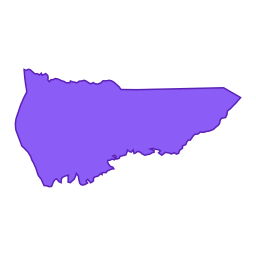 the district of Governador Edison Lobão, Maranhão, Brazil
{"feature_id": "56859067B27308579936525", "entity_name": "Governador Edison Lobão", "entity_type": "district", "adm_level": 2, "iso_a3": "BRA", "parent_name": "Brazil", "parent_adm1": "Maranhão", "projection": "orthographic", "projection_center": [-47.329, -5.727], "detail": "fine", "context": "isolated", "style": "filled", "palette": "violet", "viewbox_px": 256, "rotation_deg": 0, "n_neighbors": 0, "source": "geoboundaries", "source_scale": "gbopen_adm2", "svg_char_len": 2400}
<svg xmlns="http://www.w3.org/2000/svg" viewBox="0 0 256 256"><path d="M44.1,185.6L47.0,185.8L49.1,186.7L51.6,186.4L53.2,182.3L54.8,179.7L56.6,178.9L59.0,181.8L61.1,182.7L61.2,179.6L62.4,177.4L64.4,176.4L65.9,175.8L68.3,175.3L68.1,177.4L68.2,180.4L68.0,182.0L70.2,182.7L74.1,179.3L75.8,175.6L76.3,173.5L78.3,175.9L78.9,179.8L79.7,183.0L80.7,184.4L82.4,185.1L84.8,184.6L87.6,183.0L86.1,181.0L87.6,179.4L90.6,182.8L92.3,181.9L93.5,180.8L93.5,178.0L95.2,176.8L97.9,176.2L100.6,173.8L102.0,174.6L102.1,172.7L104.2,172.6L106.0,172.7L107.3,171.0L110.1,169.7L111.8,169.0L113.8,168.8L112.8,167.2L110.3,166.3L108.8,164.4L107.6,162.3L107.8,160.4L110.1,160.2L112.0,159.0L114.1,159.8L115.9,158.7L117.8,158.9L119.4,158.1L119.9,156.4L125.8,154.9L126.8,152.5L127.5,150.1L129.7,151.7L131.4,152.1L133.1,150.0L134.1,153.5L136.0,152.7L137.5,151.4L140.1,152.1L142.2,153.9L144.7,155.2L149.9,154.1L152.3,152.6L154.0,152.3L154.1,150.6L150.2,149.0L153.0,148.4L155.7,149.3L159.1,149.9L160.4,150.9L158.6,152.8L160.2,154.1L161.8,155.2L163.6,153.9L165.2,152.4L169.4,153.0L171.2,154.0L174.1,152.8L176.6,154.1L178.5,153.3L179.7,150.2L182.5,148.3L182.5,145.9L185.8,144.6L186.9,141.7L188.3,140.2L190.3,140.1L191.5,138.4L192.7,136.6L194.5,134.5L198.2,133.9L200.1,132.1L203.9,132.3L207.0,131.3L209.0,131.1L213.3,129.5L215.8,127.2L218.2,125.3L219.5,123.6L220.2,120.3L221.4,118.3L225.6,117.5L226.9,114.6L227.4,111.1L228.7,110.0L230.8,108.3L233.6,105.3L235.9,103.1L237.3,101.3L240.6,97.6L223.7,87.8L222.1,87.8L164.5,89.1L154.3,89.3L137.7,89.7L135.8,89.7L121.0,89.5L118.8,86.5L114.8,83.0L113.5,81.9L111.2,80.7L108.7,80.3L107.1,80.8L103.0,80.8L100.9,82.8L98.0,84.1L95.4,83.8L93.1,82.6L90.9,83.9L88.6,82.7L85.8,80.9L84.0,80.3L82.1,80.9L79.1,81.2L77.1,82.8L74.7,82.2L72.7,81.9L70.4,81.0L69.8,82.8L68.1,82.7L66.3,82.8L64.0,81.4L62.0,80.9L58.2,79.1L55.1,78.5L53.1,79.7L51.0,79.6L49.4,81.7L47.8,79.8L48.1,77.7L47.8,75.6L45.8,73.6L42.1,75.2L41.3,73.2L39.3,75.0L37.5,73.7L35.0,73.9L31.8,71.1L30.0,69.6L28.3,69.3L26.3,70.4L24.1,69.5L24.7,77.1L25.7,84.9L26.6,90.0L26.7,92.1L23.6,98.1L22.3,101.3L20.9,104.3L16.5,117.3L16.0,119.0L15.4,123.1L15.5,126.9L15.9,130.1L21.3,144.5L21.8,146.0L24.1,148.1L26.8,150.9L28.2,152.4L30.7,156.6L31.8,159.9L33.0,161.9L34.0,163.9L36.1,168.7L37.3,172.7L38.4,175.6L41.2,179.2L44.1,185.6ZM115.9,158.7L114.2,157.2L112.9,155.9L114.6,155.3L116.1,156.3L115.9,158.7Z" fill="#8b5cf6" stroke="#5b21b6" stroke-width="1.5"/></svg>